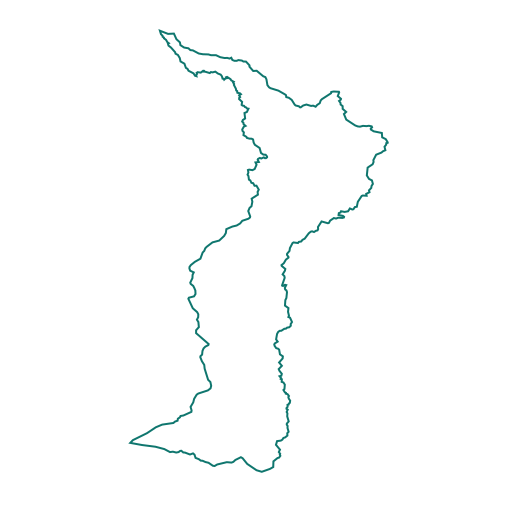 the district of Santa Isabel, Tolima, Colombia, rotated 276°
{"feature_id": "7082276B22900870629792", "entity_name": "Santa Isabel", "entity_type": "district", "adm_level": 2, "iso_a3": "COL", "parent_name": "Colombia", "parent_adm1": "Tolima", "projection": "equal_earth", "projection_center": [-75.189, 4.734], "detail": "fine", "context": "isolated", "style": "outline", "palette": "teal", "viewbox_px": 512, "rotation_deg": 276, "n_neighbors": 0, "source": "geoboundaries", "source_scale": "gbopen_adm2", "svg_char_len": 6093}
<svg xmlns="http://www.w3.org/2000/svg" viewBox="0 0 512 512"><g transform="rotate(276 256 256)"><path d="M47.9,295.2L53.6,294.8L57.3,298.5L57.9,300.0L59.8,301.1L61.0,300.4L61.8,300.7L63.4,299.2L65.9,300.1L70.3,295.6L74.1,296.3L75.0,300.0L76.1,301.4L77.9,302.3L78.6,303.9L80.7,306.0L83.0,305.6L84.6,306.8L88.3,305.3L90.3,305.2L91.5,304.2L92.6,304.2L94.9,305.8L99.8,303.8L102.8,303.7L104.1,302.8L106.5,303.6L107.2,302.3L107.9,302.2L109.3,303.2L111.3,302.9L111.7,304.0L112.7,304.1L113.5,305.0L115.7,305.1L117.6,303.5L119.1,302.9L120.2,303.4L121.9,301.8L122.2,300.1L123.0,300.1L123.4,299.0L125.6,297.3L126.7,298.2L131.1,298.1L133.1,296.5L133.5,294.7L136.1,294.6L136.3,293.4L137.3,293.6L138.9,292.0L139.6,293.7L141.5,294.0L144.3,291.3L145.9,290.4L149.5,293.2L152.5,290.1L156.9,293.2L159.0,293.2L160.7,290.1L165.3,288.8L166.1,287.7L166.5,285.7L168.6,283.9L170.0,283.4L171.0,283.8L173.1,286.5L175.2,284.7L180.7,285.1L182.8,286.0L184.1,287.4L184.3,289.0L186.6,291.8L186.9,293.4L188.0,294.4L188.6,296.5L190.3,297.9L191.9,297.6L194.1,298.7L198.2,296.3L198.7,294.6L200.2,295.0L203.8,293.7L207.6,293.7L209.7,290.0L215.2,289.8L217.4,290.6L223.3,290.6L224.9,289.9L225.8,288.5L227.3,288.0L230.2,289.1L230.4,287.8L229.1,286.2L229.1,285.3L229.5,285.0L237.3,286.8L239.0,286.3L240.5,284.4L244.4,286.3L246.2,286.5L248.8,282.6L249.6,282.3L251.7,284.4L255.5,286.1L257.7,288.4L258.3,288.5L260.4,286.7L261.5,286.7L264.6,288.8L267.4,288.9L272.7,291.0L273.4,291.9L273.3,296.4L274.5,297.1L275.2,299.5L276.9,300.5L278.3,302.6L284.1,306.1L285.9,307.9L286.4,309.2L285.9,311.2L287.3,312.9L287.9,314.5L289.2,315.0L291.3,314.6L297.2,317.6L296.1,324.1L296.6,325.1L298.9,326.0L301.9,329.5L301.6,331.7L302.7,333.8L302.9,337.9L303.5,339.4L304.2,339.5L305.0,338.2L305.4,333.8L307.3,333.9L308.1,335.5L309.4,335.9L309.1,339.5L310.1,342.9L313.1,344.4L312.3,346.9L312.7,348.0L315.0,349.2L315.5,351.1L320.5,351.6L326.7,354.8L327.3,355.8L327.5,359.7L329.3,359.1L331.3,362.2L333.1,361.5L335.7,363.5L337.8,363.6L339.9,364.7L343.3,363.4L344.5,360.3L347.7,357.8L355.6,357.8L359.4,362.4L361.8,363.1L363.6,362.7L369.3,364.9L372.0,370.0L373.5,371.4L374.7,373.6L378.1,372.4L380.3,373.8L381.9,373.8L382.3,375.1L382.8,375.1L385.8,372.8L387.2,369.1L391.5,368.3L392.3,360.0L393.8,357.0L394.7,356.8L396.1,358.0L397.0,357.5L397.3,354.7L396.7,352.3L396.6,348.8L395.5,345.9L395.5,343.7L396.2,341.0L401.1,331.5L406.4,328.6L408.7,330.6L411.4,326.8L414.1,326.5L415.5,324.3L417.1,324.0L418.9,322.4L420.4,324.0L421.2,324.1L423.6,320.6L427.4,321.6L428.0,321.3L427.7,316.0L427.0,313.7L425.7,313.6L418.9,305.2L417.5,304.1L414.6,303.4L412.7,301.1L410.7,299.7L411.5,297.1L411.0,295.1L411.9,290.3L410.6,287.2L408.5,284.9L408.5,284.1L409.4,283.0L409.8,279.8L410.5,278.7L415.0,275.2L416.8,272.1L417.2,269.5L419.1,269.0L419.8,267.8L422.8,261.0L424.4,252.9L425.1,251.4L427.1,249.5L432.8,247.9L434.9,246.6L435.5,244.4L440.3,237.3L439.7,233.9L443.6,229.7L444.9,229.6L448.3,225.7L448.1,223.1L448.9,221.5L449.0,218.0L448.1,216.4L447.9,214.1L448.5,212.0L450.6,210.7L449.6,209.1L450.0,206.6L449.6,204.1L450.0,199.6L451.5,195.3L451.0,190.3L451.5,187.6L451.1,182.1L451.4,177.9L453.9,171.7L453.9,169.2L455.5,167.1L455.8,162.7L457.8,158.8L460.5,158.0L463.3,154.2L468.6,151.1L467.7,145.3L470.0,136.9L466.7,138.3L465.2,140.1L464.3,140.2L463.6,141.6L462.9,141.7L461.6,143.9L459.4,145.5L458.5,147.0L458.0,146.2L456.1,147.0L454.4,149.7L450.2,154.3L448.8,154.8L447.8,157.3L444.9,159.5L441.6,160.6L439.8,164.7L435.8,166.6L435.0,168.3L433.2,169.5L431.1,174.8L428.9,176.5L428.6,178.0L429.6,177.6L430.9,178.3L431.9,177.8L432.7,178.7L432.6,181.9L434.7,184.1L434.7,184.7L433.9,184.6L434.0,186.0L433.1,190.9L434.2,191.9L434.1,193.7L435.1,196.3L433.5,199.0L432.7,201.9L431.2,203.3L428.9,204.2L428.9,205.3L428.0,205.9L429.4,207.1L429.8,208.4L430.7,207.7L431.1,208.5L429.2,212.2L428.1,213.0L426.9,215.7L426.1,215.1L424.7,216.3L423.9,216.1L420.3,218.5L418.6,219.0L418.1,220.0L416.4,220.4L416.1,223.1L415.3,224.1L414.0,222.4L412.4,223.6L411.6,222.8L410.3,222.8L407.8,226.1L404.8,225.9L404.2,226.8L404.1,228.4L403.0,229.4L402.8,230.5L401.8,231.6L401.7,233.1L398.3,231.9L397.0,229.6L391.6,230.8L389.9,228.7L388.2,228.2L387.3,229.5L385.9,229.8L384.3,232.0L383.4,230.4L380.4,229.1L379.0,229.5L377.7,231.0L374.9,230.9L373.5,234.0L372.5,234.6L372.0,237.4L372.2,239.4L371.6,240.9L368.6,241.8L366.5,243.2L363.8,248.3L359.0,250.2L357.6,252.7L357.7,255.0L356.1,256.6L355.3,256.7L354.4,255.8L354.2,254.7L354.9,253.5L353.5,251.0L353.9,249.6L352.8,247.9L351.9,247.6L349.8,249.0L349.0,245.7L346.8,247.0L342.4,245.6L341.0,243.5L341.2,240.2L340.7,239.0L338.2,239.7L336.0,239.1L334.8,240.1L331.2,241.0L330.6,242.4L328.3,243.8L328.1,245.6L325.7,247.2L326.0,249.1L322.3,251.8L319.9,250.9L317.2,251.5L312.6,245.7L309.6,246.7L305.0,246.3L303.2,244.6L299.9,243.6L294.7,246.1L293.7,246.0L292.3,244.6L289.6,238.7L286.7,236.8L284.3,233.6L282.8,229.4L279.6,223.7L275.7,223.6L272.6,222.2L267.5,217.8L265.0,211.3L260.0,206.0L258.3,204.7L255.7,204.0L253.9,202.6L247.5,201.0L243.8,195.8L240.1,192.1L238.1,191.0L236.6,191.1L234.5,192.1L233.2,195.8L230.6,194.9L227.4,195.1L222.6,193.4L221.4,194.0L219.7,196.7L217.7,198.0L215.3,199.3L211.9,199.8L209.4,198.6L207.5,193.6L206.4,193.2L197.4,198.6L194.0,203.4L192.0,204.7L189.1,204.9L186.5,203.9L184.3,205.6L179.3,206.6L175.9,204.2L173.0,204.5L163.5,218.1L162.4,217.9L160.6,215.1L158.6,213.5L156.0,212.7L152.3,212.7L150.5,211.2L149.5,211.2L145.7,213.2L142.3,215.9L138.6,216.7L127.9,221.3L125.9,223.8L122.2,225.0L119.6,224.6L117.3,222.2L113.2,213.0L111.9,211.5L107.5,209.4L103.9,208.9L99.1,206.7L95.6,208.1L94.2,208.0L89.8,200.5L89.0,197.7L87.6,197.2L86.0,195.3L84.0,195.2L82.9,192.8L81.3,191.3L78.5,180.3L75.2,174.3L68.4,166.1L60.0,152.8L57.0,150.5L56.1,162.4L55.8,175.9L54.4,185.0L52.0,191.0L52.7,193.8L52.2,197.2L52.9,199.5L54.2,200.9L54.5,202.1L53.0,204.2L53.1,205.8L51.7,211.1L53.1,214.0L52.0,215.6L48.9,217.0L48.0,220.3L46.7,222.5L46.8,224.2L45.8,227.3L45.4,230.4L42.9,235.0L42.8,236.8L44.6,239.2L47.9,248.5L48.0,253.3L48.9,255.0L51.0,256.8L54.3,262.0L53.5,263.8L48.3,269.0L43.0,278.9L42.0,284.3L45.7,292.1L47.9,295.2Z" fill="none" stroke="#0f766e" stroke-width="2"/></g></svg>